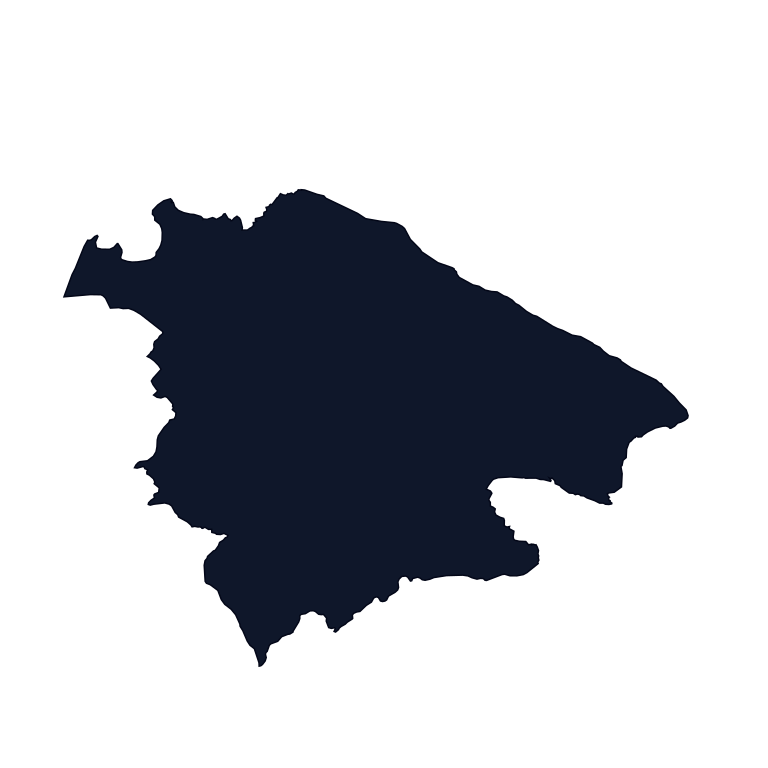 Mahajanga II, Boeny, Madagascar (Equal Earth projection), rotated 74°
{"feature_id": "10022922B51504984909978", "entity_name": "Mahajanga II", "entity_type": "district", "adm_level": 2, "iso_a3": "MDG", "parent_name": "Madagascar", "parent_adm1": "Boeny", "projection": "equal_earth", "projection_center": [46.72, -15.594], "detail": "fine", "context": "isolated", "style": "filled", "palette": "ink", "viewbox_px": 768, "rotation_deg": 74, "n_neighbors": 0, "source": "geoboundaries", "source_scale": "gbopen_adm2", "svg_char_len": 6170}
<svg xmlns="http://www.w3.org/2000/svg" viewBox="0 0 768 768"><g transform="rotate(74 384 384)"><path d="M182.2,479.1L183.3,482.3L185.0,484.9L184.9,486.1L183.6,486.3L182.2,488.2L176.5,489.8L176.5,491.3L178.2,493.3L179.5,499.1L179.2,500.5L178.3,500.9L176.8,502.9L177.0,508.6L175.9,511.3L176.0,512.5L175.3,512.3L172.5,513.9L168.6,520.0L167.4,523.3L164.1,529.3L160.3,533.9L156.0,536.3L151.4,536.5L150.7,537.0L151.1,538.3L150.1,538.4L149.8,537.2L149.2,537.1L147.1,538.2L147.2,545.2L149.5,552.0L153.3,558.5L156.9,559.8L159.9,558.3L163.3,559.2L168.7,555.4L173.4,554.8L177.3,555.4L184.8,557.8L189.0,560.3L191.9,562.9L194.7,566.7L197.6,567.7L198.8,569.3L200.1,574.0L199.8,579.4L198.7,587.2L197.4,592.5L195.5,596.8L192.4,601.5L191.3,602.3L189.6,602.3L185.3,599.6L182.7,599.1L175.7,601.1L175.5,601.7L178.2,606.0L178.9,610.5L176.6,618.3L174.0,622.8L168.1,622.3L163.3,618.3L162.1,618.8L162.5,621.4L164.7,625.6L164.7,627.7L164.1,629.2L169.1,634.3L187.7,648.8L192.9,653.7L212.0,667.6L217.1,641.6L220.2,631.4L221.9,629.6L224.8,628.0L235.6,626.1L237.5,617.9L239.6,614.0L240.9,608.6L244.2,604.1L249.9,598.7L272.4,582.4L273.9,582.4L274.8,583.2L276.2,586.5L278.4,588.7L280.0,592.8L282.3,594.3L285.8,595.0L288.4,597.1L289.1,599.2L290.4,600.5L292.3,604.0L294.4,601.6L298.5,598.5L303.9,595.6L308.4,594.2L314.8,604.3L317.0,606.8L320.9,606.2L326.5,604.2L327.3,603.3L329.1,604.4L331.1,608.5L334.2,605.8L335.9,602.3L335.6,597.9L337.1,596.1L345.1,592.5L347.3,593.4L348.9,592.9L350.3,594.5L354.2,591.9L357.4,593.1L359.8,595.3L359.6,599.9L361.8,601.5L365.1,607.3L371.6,615.2L375.1,617.3L381.9,619.6L386.3,621.8L389.9,625.6L392.6,632.5L391.4,640.1L391.9,642.1L393.5,644.8L395.7,646.9L396.8,644.5L396.9,638.4L397.7,637.4L399.5,637.2L401.3,634.8L403.2,636.3L405.1,636.7L407.0,634.6L411.6,631.7L415.1,631.3L416.5,632.4L421.9,628.7L426.1,630.5L426.5,634.8L427.3,635.8L430.3,636.1L431.5,639.9L433.3,643.0L434.8,643.8L436.0,642.1L436.1,638.4L437.9,627.5L440.3,623.6L442.7,621.7L450.0,620.1L452.8,618.3L455.3,618.1L462.2,611.1L466.3,608.5L468.4,607.9L468.7,605.1L470.2,602.2L470.5,600.5L471.5,599.0L472.5,598.8L472.8,597.9L472.3,596.6L472.6,595.3L475.4,592.8L476.2,589.7L479.2,590.4L481.0,587.2L482.3,586.4L483.6,582.7L483.5,579.0L486.5,575.7L487.9,576.9L488.1,578.9L489.8,581.4L491.0,585.7L493.8,587.7L497.3,592.0L497.5,594.0L501.1,601.1L502.9,602.2L504.5,604.7L508.7,606.8L524.4,610.3L526.6,609.6L529.0,606.4L536.6,600.6L546.4,599.8L551.9,597.8L558.4,593.0L564.9,590.2L575.0,588.7L577.2,589.1L582.2,587.7L593.4,586.3L598.3,584.8L602.7,581.6L617.5,581.0L620.8,581.8L620.9,580.1L620.1,578.1L617.5,574.6L614.5,572.6L611.5,572.5L609.7,571.7L608.8,570.0L603.6,566.3L602.6,564.5L602.0,557.0L598.7,552.0L598.1,545.4L598.4,543.4L597.4,539.9L596.4,539.4L589.2,531.6L586.3,529.6L583.4,528.8L582.6,527.0L583.1,522.9L581.7,517.8L582.4,514.6L583.7,512.7L587.3,510.3L588.4,507.9L588.8,505.7L593.2,503.7L596.0,504.9L602.9,504.3L604.4,502.0L604.7,498.7L605.8,498.3L608.1,500.2L609.1,498.9L607.6,495.5L606.3,494.3L605.3,492.1L604.2,487.5L602.8,484.9L601.2,479.4L600.7,478.7L597.4,478.1L596.1,476.5L595.6,473.2L596.0,469.8L591.9,462.0L590.2,456.2L587.1,453.1L586.6,451.8L586.5,449.9L587.7,448.2L591.6,447.2L592.7,445.4L592.9,442.9L592.3,441.0L589.1,438.1L587.2,430.6L585.7,427.6L583.6,426.1L578.0,425.2L575.7,423.3L573.9,420.0L574.5,416.2L576.0,414.5L580.7,412.9L580.8,411.6L578.9,410.1L579.0,404.8L580.6,402.7L582.7,401.2L584.0,398.6L584.3,393.6L583.8,389.4L585.4,376.7L589.4,361.1L591.6,356.2L594.5,352.8L597.2,348.4L597.4,344.9L598.4,342.1L600.5,341.0L601.1,339.6L599.7,323.0L600.1,320.4L603.0,315.9L605.0,309.2L605.6,302.6L604.7,298.6L599.1,285.3L597.6,285.3L596.0,283.7L593.6,283.6L591.8,282.7L589.8,282.9L586.7,281.4L583.0,281.6L580.4,282.2L580.4,283.0L579.3,284.4L579.4,286.0L578.9,285.6L578.6,286.1L578.4,289.4L574.5,291.1L572.4,297.4L570.3,301.3L569.1,302.1L566.6,302.0L561.3,299.7L557.9,303.2L556.9,303.4L555.6,302.6L555.4,305.3L553.4,307.5L548.3,305.9L546.2,306.0L544.0,309.3L540.8,312.5L537.5,313.0L534.7,311.5L532.6,313.0L530.6,315.4L527.0,314.4L524.7,315.2L523.3,314.8L518.9,310.5L518.3,310.5L516.2,311.2L513.2,314.7L510.2,311.7L506.4,306.5L505.7,304.9L505.5,300.2L508.2,287.9L512.3,277.0L512.5,275.3L513.5,274.0L516.4,263.7L518.8,260.2L519.9,256.8L523.5,250.7L522.9,250.1L519.9,251.0L521.1,249.7L520.5,248.5L523.9,246.5L527.0,246.8L530.2,242.8L532.2,242.1L539.9,236.0L541.2,232.2L543.1,230.6L543.1,228.6L544.0,226.6L545.5,225.7L546.7,222.7L549.4,220.3L554.3,213.5L557.9,209.6L558.9,206.1L560.6,204.3L561.8,201.0L562.0,198.2L561.3,197.8L559.7,199.0L558.5,198.8L557.6,199.9L555.2,199.4L554.9,198.6L553.6,199.5L550.9,199.5L550.7,197.9L551.5,192.5L548.4,184.1L535.8,179.8L528.5,179.0L528.0,177.7L523.2,175.2L521.5,171.5L513.4,168.7L507.6,164.4L507.0,162.4L504.8,158.8L504.6,157.1L503.6,156.8L504.3,154.5L505.0,154.5L505.7,151.0L504.4,148.9L502.7,144.0L501.1,135.3L501.4,127.7L502.1,124.5L503.7,122.2L505.4,121.3L505.6,120.4L504.6,116.2L502.5,112.6L502.4,108.9L501.7,104.9L500.3,101.5L498.2,100.4L492.2,100.7L483.5,105.4L475.8,108.7L463.2,116.5L460.2,117.4L459.1,119.0L455.3,121.3L436.7,142.1L427.7,149.7L426.0,150.1L423.2,152.7L418.9,159.7L412.9,164.1L408.2,166.5L404.0,171.3L402.1,172.4L392.7,181.9L388.9,189.7L381.7,197.5L378.6,201.9L374.9,206.0L361.0,218.5L358.9,221.9L353.5,227.0L345.5,232.6L342.9,235.4L338.8,237.6L334.2,241.8L332.3,244.6L326.7,249.8L324.7,255.2L321.6,260.9L316.3,265.7L313.2,271.3L302.3,282.3L298.6,283.7L296.1,283.5L293.7,285.0L292.5,284.9L290.9,286.5L282.3,298.7L267.4,311.3L264.2,312.3L252.3,318.8L240.2,321.4L237.5,323.1L233.1,327.6L231.8,329.6L227.0,341.7L220.0,356.1L212.7,362.4L189.4,388.7L186.6,390.0L183.2,396.1L175.7,406.7L174.4,410.0L174.8,410.1L173.7,412.9L174.8,414.1L175.4,416.6L176.5,417.8L176.4,418.9L174.9,420.4L175.1,423.4L174.5,423.9L175.6,426.0L174.5,428.7L172.5,431.1L175.8,434.9L175.5,435.4L180.7,442.2L180.0,443.5L180.6,444.8L181.8,445.6L181.7,448.7L184.3,448.6L185.7,449.6L185.8,451.7L186.5,452.4L189.4,453.2L189.9,457.2L189.6,461.9L191.1,462.6L192.5,461.7L193.0,464.1L192.8,465.2L196.2,465.7L196.1,466.9L197.1,468.0L197.2,469.6L198.4,472.8L196.9,478.0L194.6,477.0L187.0,476.7L184.7,477.2L182.2,479.1Z" fill="#0f172a" stroke="#020617" stroke-width="1.5"/></g></svg>